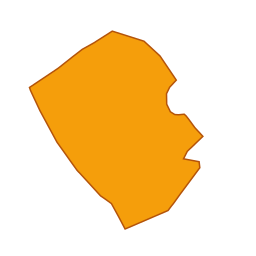 outline of Ad Du'ayn, Eastern Darfur, Sudan, rotated 236°
{"feature_id": "16777658B96658977374271", "entity_name": "Ad Du'ayn", "entity_type": "district", "adm_level": 2, "iso_a3": "SDN", "parent_name": "Sudan", "parent_adm1": "Eastern Darfur", "projection": "mercator", "projection_center": [26.189, 11.412], "detail": "fine", "context": "isolated", "style": "filled", "palette": "amber", "viewbox_px": 256, "rotation_deg": 236, "n_neighbors": 0, "source": "geoboundaries", "source_scale": "gbopen_adm2", "svg_char_len": 825}
<svg xmlns="http://www.w3.org/2000/svg" viewBox="0 0 256 256"><g transform="rotate(236 128 128)"><path d="M217.6,150.4L217.6,148.1L218.8,134.1L218.0,121.8L216.6,103.6L216.6,94.9L216.7,69.0L214.1,68.3L213.8,68.2L203.8,66.6L202.4,66.4L191.6,64.7L156.0,61.2L155.3,61.2L145.2,61.5L132.4,61.8L121.5,62.1L118.8,62.5L118.6,62.6L108.0,64.2L88.4,67.1L87.1,67.3L80.7,69.8L74.6,72.0L59.5,70.6L45.9,69.1L37.3,114.5L37.2,115.1L38.9,119.9L39.9,123.2L43.9,134.0L54.9,165.3L59.5,167.7L60.3,168.1L71.4,156.8L75.5,164.1L76.1,167.4L76.4,169.5L76.5,170.1L79.2,185.4L91.0,183.6L101.6,183.2L105.6,182.9L108.0,182.3L110.7,177.3L113.0,174.3L117.5,172.3L117.8,172.2L126.1,173.4L134.9,179.1L138.5,185.3L140.7,194.8L162.1,194.8L168.8,194.8L169.8,194.8L191.0,189.8L217.1,169.1L217.6,150.4Z" fill="#f59e0b" stroke="#b45309" stroke-width="1.5"/></g></svg>